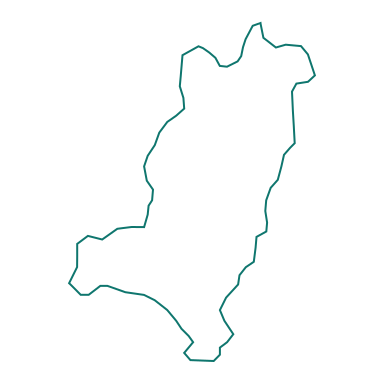 the district of Jangsu-gun, North Jeolla, South Korea
{"feature_id": "91817680B93090957259339", "entity_name": "Jangsu-gun", "entity_type": "district", "adm_level": 2, "iso_a3": "KOR", "parent_name": "South Korea", "parent_adm1": "North Jeolla", "projection": "albers", "projection_center": [127.547, 35.652], "detail": "fine", "context": "isolated", "style": "outline", "palette": "teal", "viewbox_px": 384, "rotation_deg": 0, "n_neighbors": 0, "source": "geoboundaries", "source_scale": "gbopen_adm2", "svg_char_len": 1172}
<svg xmlns="http://www.w3.org/2000/svg" viewBox="0 0 384 384"><path d="M260.5,23.0L252.7,25.8L245.6,39.2L243.0,47.2L241.2,56.1L237.6,61.4L227.0,66.7L219.8,65.9L215.4,57.8L209.2,52.5L202.9,48.1L198.5,46.3L182.5,55.2L180.7,76.5L179.8,86.3L183.4,97.9L184.2,108.6L176.2,115.7L167.3,121.9L159.3,132.6L154.8,145.1L147.7,155.8L144.1,166.4L146.8,180.7L153.0,189.6L152.1,200.3L148.6,205.7L147.7,214.6L144.1,227.1L131.6,227.0L121.9,228.2L117.3,228.8L102.2,239.5L87.9,235.9L77.2,243.9L77.2,256.4L77.1,267.1L69.1,283.2L70.9,284.9L80.7,294.8L88.7,294.8L100.3,285.9L107.5,285.9L125.3,292.2L144.0,294.9L154.7,300.2L167.2,310.0L176.2,320.8L181.5,328.8L188.7,336.0L193.1,342.2L184.2,352.9L190.4,360.1L213.7,361.0L219.9,354.7L219.9,347.6L227.1,342.2L233.3,334.2L224.4,320.8L219.9,310.1L226.1,297.6L238.1,284.5L239.5,275.2L245.8,267.2L253.8,261.8L255.6,247.6L256.5,236.9L266.3,231.5L267.1,222.6L265.3,211.0L266.2,200.3L270.7,187.8L277.8,179.8L281.4,166.4L284.0,154.8L290.2,147.7L294.7,143.2L293.8,126.3L292.9,111.2L292.0,91.6L296.4,83.6L308.0,81.8L314.9,75.4L307.9,54.4L301.0,46.1L285.7,44.7L275.9,47.5L263.4,37.8L260.6,23.9L260.5,23.0Z" fill="none" stroke="#0f766e" stroke-width="2"/></svg>